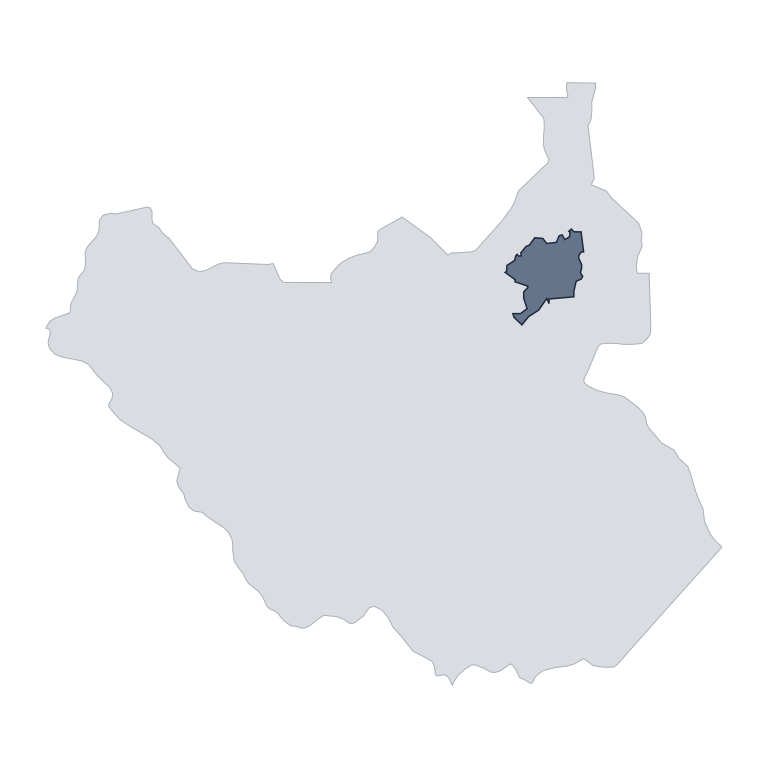 location of Baliet, Upper Nile, South Sudan
{"feature_id": "79223893B13684678916358", "entity_name": "Baliet", "entity_type": "district", "adm_level": 2, "iso_a3": "SSD", "parent_name": "South Sudan", "parent_adm1": "Upper Nile", "projection": "robinson", "projection_center": [32.373, 9.407], "detail": "fine", "context": "in_parent", "style": "filled", "palette": "slate", "viewbox_px": 768, "rotation_deg": 0, "n_neighbors": 0, "source": "geoboundaries", "source_scale": "gbopen_adm2", "svg_char_len": 4407}
<svg xmlns="http://www.w3.org/2000/svg" viewBox="0 0 768 768"><path d="M643.3,635.0L618.5,663.2L616.7,664.9L613.7,667.1L603.6,667.2L593.3,665.7L583.7,658.5L574.0,664.1L567.9,665.9L564.2,666.5L555.6,667.5L543.4,670.5L537.9,674.3L535.0,677.3L532.5,682.8L531.3,683.3L529.0,682.7L525.9,680.5L519.4,677.3L516.2,670.3L513.2,666.0L510.7,663.8L500.4,670.8L495.4,672.4L491.3,672.2L483.8,668.3L475.6,665.0L471.4,665.0L465.0,669.2L457.8,675.5L454.0,681.7L452.2,685.3L449.7,679.7L447.3,676.1L443.8,674.8L436.9,676.1L435.2,674.2L434.9,669.3L433.9,664.9L432.1,661.5L426.8,658.2L413.1,651.4L402.5,637.9L397.2,631.7L393.3,627.6L387.8,617.0L381.5,609.7L373.9,606.3L368.9,608.0L363.7,615.8L354.0,623.1L349.5,623.4L343.8,619.4L336.6,616.6L323.7,615.3L318.4,618.8L311.4,624.5L305.4,627.8L301.8,628.2L298.4,626.9L294.5,626.1L291.1,626.0L284.2,620.9L280.6,617.1L278.2,613.5L274.4,611.0L269.8,608.9L266.5,605.7L264.9,601.7L262.3,596.5L259.0,591.8L248.5,583.4L245.3,578.5L243.2,573.6L238.9,568.3L234.3,561.2L232.8,550.8L232.6,542.4L231.7,538.5L229.8,534.6L227.5,531.3L223.8,527.6L215.2,522.2L206.4,515.9L202.1,512.3L194.1,511.0L189.2,507.4L185.2,499.5L183.6,493.2L179.5,488.4L177.8,484.8L176.8,480.7L180.1,468.3L175.4,463.9L168.4,458.2L163.4,452.0L160.4,446.2L151.5,438.7L131.9,427.4L120.6,420.1L114.5,413.6L109.1,407.3L108.6,404.7L112.1,398.4L112.6,393.1L109.8,387.4L98.1,376.6L88.8,364.6L81.7,360.9L64.7,357.6L59.8,356.3L54.7,354.0L49.7,348.6L48.0,342.3L50.5,332.1L49.0,329.0L46.1,328.2L46.9,326.1L50.1,321.1L55.4,317.9L69.5,312.9L70.3,311.0L70.6,304.6L71.8,301.5L76.6,292.7L77.3,289.2L77.6,281.8L78.3,278.2L79.7,275.7L83.6,271.4L84.9,268.7L85.5,263.0L85.2,251.6L87.1,247.2L96.1,236.9L98.5,232.3L99.3,228.1L99.2,223.9L99.8,219.8L102.5,215.8L104.7,214.6L111.3,213.3L115.7,214.1L146.9,207.1L150.5,208.0L152.1,212.2L151.9,218.9L152.4,222.1L154.1,224.4L159.0,227.6L162.4,232.9L164.2,234.8L169.2,238.4L192.3,268.8L198.8,271.7L205.1,270.7L217.8,264.3L224.1,262.7L268.1,264.5L273.0,263.6L273.3,263.7L280.0,279.0L283.2,282.4L331.5,282.6L330.6,278.3L331.2,273.4L339.7,264.1L340.9,263.0L348.4,258.5L355.7,255.5L369.7,252.1L374.8,246.6L377.6,241.5L377.8,231.6L379.6,230.0L383.0,227.7L399.2,218.8L401.9,216.9L430.5,237.5L446.5,253.8L447.5,254.6L448.3,254.9L449.2,254.4L449.9,253.6L451.9,252.9L458.7,252.7L471.7,251.9L476.0,249.9L502.1,220.8L508.8,211.5L510.5,209.6L514.2,203.0L518.2,191.7L519.0,190.4L547.6,163.1L548.6,160.9L548.9,159.2L544.6,150.0L543.6,145.4L543.4,138.2L544.3,127.0L544.0,120.0L543.6,118.1L543.4,117.7L527.5,97.6L567.7,97.4L567.8,94.8L567.7,94.0L566.9,91.6L566.5,88.4L566.5,86.7L566.7,85.0L566.7,84.1L566.6,83.3L566.6,82.9L566.8,82.7L595.7,83.1L595.4,88.7L591.8,102.1L591.9,110.1L591.1,119.2L590.1,121.9L588.6,124.2L588.1,125.2L588.1,126.2L594.2,177.4L593.7,179.5L592.1,182.7L591.7,183.8L591.6,184.6L592.3,185.2L605.6,190.7L606.2,191.0L606.8,191.5L611.6,198.1L637.9,222.4L638.8,223.6L641.5,231.2L641.8,232.3L641.9,234.2L641.8,235.6L641.2,240.2L641.4,242.2L641.9,243.6L642.2,245.2L642.2,245.6L642.0,246.8L638.1,255.6L636.8,261.8L636.4,267.1L636.7,270.2L637.1,272.1L637.5,272.9L637.8,273.2L649.2,273.3L649.2,276.0L650.7,322.2L650.7,327.4L650.3,333.9L648.9,336.5L645.7,340.2L641.7,343.5L631.5,344.4L623.0,344.3L616.9,343.5L608.7,343.2L600.9,343.9L598.0,346.8L587.8,371.3L584.6,377.5L583.7,381.1L584.7,383.2L588.7,386.3L597.5,390.6L607.6,393.2L615.2,394.3L620.3,395.5L624.3,396.8L638.7,408.0L643.3,413.1L645.8,417.7L646.4,422.6L648.5,427.6L661.6,442.9L674.1,450.2L678.9,458.3L683.5,462.3L687.9,466.6L690.2,473.0L695.7,491.4L699.3,501.1L703.0,509.0L704.6,521.9L707.5,527.7L710.6,534.7L715.6,541.1L720.9,545.9L721.9,547.2L667.9,607.4L643.3,635.0Z" fill="#d9dde1" stroke="#a8b0b8" stroke-width="1"/><path d="M549.0,303.6L549.1,299.0L570.7,297.1L573.9,296.8L573.8,291.4L576.2,281.3L581.3,279.0L582.7,276.3L580.4,272.6L581.6,268.4L581.6,264.5L578.6,258.0L579.2,254.8L581.3,252.1L583.6,251.9L581.1,231.9L574.0,231.8L571.4,229.1L568.8,231.3L570.0,232.1L569.5,236.8L564.8,239.6L562.2,234.9L559.2,235.7L556.3,242.4L546.7,243.5L542.9,238.5L534.9,237.7L529.3,245.1L526.0,246.5L520.8,252.9L521.2,255.9L518.3,256.0L517.2,254.3L515.7,255.9L515.0,258.7L514.9,260.2L507.0,265.4L506.5,271.6L505.1,272.4L515.3,279.8L514.9,281.7L527.7,286.2L527.8,287.6L523.7,291.8L523.7,298.2L527.1,308.6L520.5,313.6L512.9,313.6L514.0,317.3L521.9,324.9L528.6,316.6L538.7,310.1L546.8,298.4L549.0,303.6Z" fill="#64748b" stroke="#1e293b" stroke-width="1.5"/></svg>